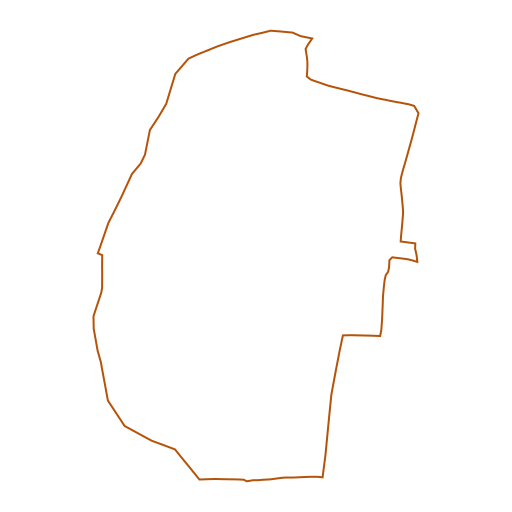 outline of Khsos, Al Qalyubiyah, Egypt
{"feature_id": "37247803B74269871636707", "entity_name": "Khsos", "entity_type": "district", "adm_level": 2, "iso_a3": "EGY", "parent_name": "Egypt", "parent_adm1": "Al Qalyubiyah", "projection": "orthographic", "projection_center": [31.321, 30.157], "detail": "fine", "context": "isolated", "style": "outline", "palette": "amber", "viewbox_px": 512, "rotation_deg": 0, "n_neighbors": 0, "source": "geoboundaries", "source_scale": "gbopen_adm2", "svg_char_len": 2284}
<svg xmlns="http://www.w3.org/2000/svg" viewBox="0 0 512 512"><path d="M188.5,58.6L175.3,73.9L166.2,103.9L158.4,117.1L149.9,130.0L145.0,154.6L140.7,163.5L132.0,173.9L121.3,197.1L113.4,213.1L108.5,222.6L101.2,243.7L99.4,248.9L97.8,253.3L102.2,255.1L102.1,266.8L102.2,274.1L102.1,287.9L101.2,292.9L99.2,298.9L93.5,316.2L93.7,328.8L94.6,333.7L97.6,350.6L100.9,362.3L102.1,369.2L105.3,386.4L107.9,400.6L114.9,411.2L124.6,426.0L136.2,432.3L146.6,438.0L151.9,440.8L167.8,446.7L175.0,449.4L180.7,456.5L188.3,465.8L199.4,479.5L202.5,479.4L211.1,479.1L215.2,479.0L224.2,479.2L230.3,479.3L237.3,479.4L243.7,479.7L246.8,481.3L247.2,481.2L253.3,480.2L257.8,480.2L263.7,479.7L270.1,479.4L278.2,478.3L281.8,477.8L286.7,477.5L293.9,477.5L309.9,476.8L317.6,476.8L322.6,477.3L325.5,454.6L327.2,436.9L329.1,417.2L331.4,394.4L335.8,370.7L339.7,350.5L342.9,335.4L350.9,335.2L369.2,335.6L380.1,336.0L381.3,330.2L382.1,319.1L382.7,304.6L383.0,295.9L383.4,291.9L383.8,287.4L384.7,279.7L385.8,275.1L387.1,273.3L388.2,271.7L389.1,266.9L389.4,261.0L389.4,260.2L392.3,257.3L396.1,257.8L400.4,258.3L404.5,258.8L405.1,258.9L408.4,259.4L413.1,260.6L413.6,260.8L417.3,261.9L416.6,255.2L415.1,248.7L415.3,243.4L400.7,241.5L401.1,235.5L401.8,228.4L402.2,223.9L402.4,222.0L402.5,220.0L402.9,216.0L403.1,211.9L402.7,206.5L402.3,201.9L401.9,197.6L401.5,194.1L401.4,193.0L400.8,188.0L400.4,183.2L400.9,178.1L401.8,174.4L403.0,169.9L404.6,164.5L405.9,160.0L408.1,152.1L409.6,146.7L411.3,140.7L414.5,128.6L416.0,122.7L418.5,113.3L414.2,105.9L408.8,104.3L407.4,104.0L405.8,103.8L404.5,103.5L400.0,102.6L399.7,102.6L396.7,102.1L396.4,102.0L393.1,101.4L391.3,101.0L389.0,100.6L385.1,99.7L384.8,99.7L382.0,99.2L381.4,99.0L381.1,99.0L376.7,98.1L373.2,97.2L367.8,95.8L362.9,94.6L362.5,94.5L361.7,94.3L357.3,93.1L356.6,92.9L352.0,91.7L348.4,90.7L348.0,90.6L347.5,90.5L343.9,89.6L342.1,89.2L338.7,88.3L333.0,86.9L332.7,86.8L328.6,85.8L325.1,84.6L322.7,83.8L321.6,83.4L321.1,83.2L320.3,82.9L317.9,82.1L317.3,81.9L314.0,80.8L311.0,79.6L310.7,79.5L306.8,76.5L307.1,72.6L307.2,71.3L307.4,66.2L307.4,62.0L306.9,57.0L306.2,52.9L305.6,49.0L307.7,45.0L308.0,44.6L312.2,38.5L300.5,36.1L292.6,32.6L280.8,31.5L270.7,30.7L262.8,32.7L253.1,34.9L230.4,41.9L217.9,46.2L197.6,54.4L188.5,58.6Z" fill="none" stroke="#b45309" stroke-width="2"/></svg>